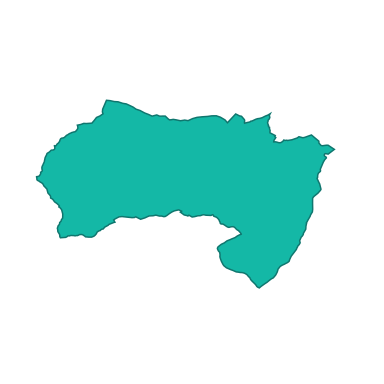 the district of Rosia Montana, Alba, Romania, rotated 347°
{"feature_id": "2599482B9774767997162", "entity_name": "Rosia Montana", "entity_type": "district", "adm_level": 2, "iso_a3": "ROU", "parent_name": "Romania", "parent_adm1": "Alba", "projection": "robinson", "projection_center": [23.088, 46.307], "detail": "fine", "context": "isolated", "style": "filled", "palette": "teal", "viewbox_px": 384, "rotation_deg": 347, "n_neighbors": 0, "source": "geoboundaries", "source_scale": "gbopen_adm2", "svg_char_len": 5971}
<svg xmlns="http://www.w3.org/2000/svg" viewBox="0 0 384 384"><g transform="rotate(347 192 192)"><path d="M236.0,300.6L238.1,299.5L242.2,297.8L244.7,296.9L247.5,295.5L249.3,294.7L250.3,294.3L251.2,294.2L251.9,293.9L252.8,293.3L254.9,291.7L256.9,289.3L257.9,287.7L258.3,286.7L261.1,284.4L262.2,284.0L263.4,283.6L264.9,283.3L265.9,283.1L267.6,282.6L268.7,282.4L270.0,281.9L271.0,281.4L272.1,279.6L274.2,276.9L280.7,271.5L281.8,269.9L282.4,269.3L283.1,268.3L284.0,267.8L284.6,267.3L285.5,266.4L285.8,266.0L286.0,265.5L285.9,263.8L286.4,263.0L286.9,262.4L287.7,261.3L288.3,260.5L289.0,260.1L289.6,259.7L290.7,258.6L291.1,257.9L291.2,257.4L291.5,257.0L292.5,256.0L294.5,253.8L294.7,253.1L295.2,251.4L295.3,251.0L296.2,249.1L296.6,248.3L296.4,247.9L296.9,247.5L298.7,245.4L301.6,242.3L302.3,241.1L304.8,238.5L305.7,236.0L306.9,230.3L308.1,225.3L308.9,224.4L310.1,223.6L314.4,221.5L317.7,219.1L318.3,218.3L318.2,212.7L317.8,211.3L316.9,206.9L317.8,205.8L318.0,204.6L318.6,203.2L319.5,202.0L321.7,200.8L322.0,200.2L322.1,198.9L322.4,198.3L326.7,192.4L328.6,190.4L330.6,189.0L330.6,188.3L329.4,187.0L329.1,186.2L329.4,185.3L330.0,184.7L330.9,184.7L333.2,185.7L340.3,182.5L335.1,177.0L334.1,176.8L333.2,176.6L332.7,176.6L332.1,176.5L329.5,176.3L328.1,175.6L326.7,172.9L327.0,171.0L321.2,163.3L314.3,164.1L312.3,164.1L308.6,162.2L306.7,163.0L301.1,163.6L296.6,163.3L296.1,162.9L294.2,162.7L293.2,162.0L292.0,163.0L290.0,163.8L288.7,163.8L287.1,163.2L285.8,162.4L284.3,161.8L282.9,161.5L283.4,160.2L285.9,157.8L285.1,156.4L285.8,155.7L281.3,151.9L281.5,150.6L281.9,150.1L281.8,147.4L282.1,146.4L281.3,145.6L281.3,144.6L281.5,144.5L281.2,142.2L281.3,141.2L281.9,140.4L282.3,139.2L283.8,138.1L284.6,136.8L284.6,134.7L285.8,133.3L283.4,134.1L280.7,134.5L277.0,135.4L274.5,135.5L272.3,135.3L270.3,135.5L266.7,136.3L265.9,136.3L265.3,136.2L264.6,136.6L263.7,136.8L261.3,136.7L258.7,136.8L258.7,136.2L258.9,135.6L259.3,134.5L259.4,133.6L259.1,132.8L257.3,129.4L256.6,129.0L255.5,128.6L253.0,126.5L252.1,125.8L242.1,132.5L240.4,129.2L236.5,125.5L232.8,123.2L228.1,122.2L224.4,121.9L218.7,121.0L213.7,120.4L209.2,120.6L204.2,121.6L201.1,120.3L196.8,120.0L192.5,118.0L190.0,117.0L187.8,116.9L186.4,116.7L185.5,115.8L183.0,112.0L177.5,110.8L175.0,109.0L170.2,109.1L167.0,106.6L163.7,104.4L159.7,100.9L156.1,98.7L153.8,96.1L151.3,94.1L147.8,91.4L144.4,90.0L140.3,87.5L136.6,86.4L132.6,84.5L129.3,83.4L123.6,91.2L122.7,93.8L122.9,95.8L119.4,97.2L115.7,97.9L112.8,100.3L109.9,102.4L104.3,101.5L102.0,100.8L98.7,101.2L95.3,101.1L95.4,102.2L95.3,103.2L95.2,104.0L94.9,104.5L94.0,105.5L93.1,106.0L92.7,106.5L91.8,106.9L91.3,107.0L90.1,106.9L89.4,107.0L88.4,107.0L87.8,107.1L86.8,107.4L85.7,107.5L83.5,108.4L82.6,108.5L82.0,108.8L81.7,109.1L81.4,109.3L79.6,110.2L78.9,110.3L78.0,110.3L77.4,110.2L76.8,110.3L76.0,110.6L75.5,111.1L74.6,112.5L74.3,113.0L73.3,113.8L72.8,114.3L72.0,114.6L71.4,114.9L70.4,115.9L69.9,116.2L69.5,116.3L68.5,116.1L68.1,115.5L68.5,117.1L68.1,118.7L67.7,119.3L67.1,119.7L66.6,119.8L65.7,119.8L64.7,119.6L64.0,119.7L63.3,120.1L62.7,120.6L61.3,121.2L59.7,121.7L59.3,122.0L58.7,123.0L57.0,125.0L56.4,125.9L56.1,126.7L55.5,127.9L55.1,128.8L54.9,129.4L53.5,131.1L52.6,132.4L52.0,133.0L51.3,134.2L51.0,135.7L50.9,135.9L51.1,136.7L51.0,137.3L50.7,137.8L50.0,138.3L49.0,138.7L48.9,138.9L48.8,139.9L48.6,140.2L47.3,141.6L46.5,142.1L45.5,142.2L44.9,142.2L44.3,142.1L44.0,142.1L43.9,142.6L44.0,143.1L43.7,144.9L43.8,145.5L44.3,146.1L45.5,147.1L46.0,147.8L47.7,149.4L48.4,150.4L48.8,151.5L49.0,152.7L49.6,153.6L50.8,155.7L51.3,156.5L51.3,157.7L51.4,160.1L51.5,160.9L52.2,162.0L53.1,163.7L53.2,164.3L52.9,166.1L54.6,167.6L55.9,170.7L57.8,172.8L59.2,174.9L59.6,175.6L59.5,175.8L59.2,176.1L58.9,176.6L59.6,177.1L60.9,179.7L61.0,180.5L61.1,184.3L60.4,187.2L59.9,188.6L58.7,189.4L57.8,191.0L56.2,192.0L55.6,193.6L53.8,195.0L53.6,195.6L53.1,196.2L52.6,197.3L52.7,198.5L52.4,200.0L52.6,201.3L53.3,202.9L53.4,204.3L53.2,205.6L53.2,206.0L53.5,207.0L58.8,207.8L59.8,207.5L60.5,207.3L61.1,206.9L61.8,206.9L62.6,207.2L64.4,207.1L65.6,207.5L67.2,207.9L68.1,208.4L70.1,208.5L70.4,208.7L71.4,208.6L72.8,208.2L74.6,208.5L75.4,208.8L76.1,209.3L77.6,210.9L78.1,211.7L81.4,212.8L84.1,213.4L86.5,213.0L87.9,212.3L89.5,211.1L90.4,209.8L92.3,209.0L94.0,208.9L94.5,208.4L96.1,207.9L97.0,208.1L99.3,206.5L102.7,205.6L103.8,204.9L109.1,204.1L110.1,204.1L109.4,201.6L111.1,200.9L115.3,199.8L118.3,200.2L127.8,203.5L130.2,203.9L131.6,203.5L135.8,207.0L140.4,206.6L142.7,206.1L144.8,205.7L146.7,206.0L148.7,206.4L151.6,206.4L154.8,208.1L157.0,208.6L159.0,209.7L160.5,209.8L162.3,209.2L164.5,208.2L167.7,207.0L170.6,206.4L174.8,206.4L175.8,206.9L176.5,207.6L177.6,208.4L177.3,208.9L176.2,209.1L179.2,212.6L182.3,214.1L182.5,214.4L182.9,214.4L183.8,213.9L186.5,216.4L189.2,216.6L192.2,216.5L193.0,216.6L194.4,216.9L195.3,216.9L196.9,216.7L197.6,216.7L198.2,216.8L198.8,217.0L200.2,217.7L202.3,218.3L205.2,219.1L206.3,218.9L207.1,218.8L207.5,219.2L207.7,220.2L207.8,220.5L210.2,222.1L211.2,223.5L211.8,224.7L212.1,225.6L212.2,226.6L212.4,227.1L212.5,227.7L212.5,228.9L212.7,229.3L213.4,229.8L214.1,229.9L215.0,230.3L216.0,231.2L218.1,233.5L219.2,234.4L219.6,234.6L220.3,234.8L221.9,234.7L223.0,234.8L224.4,235.1L225.3,235.8L225.7,236.2L226.9,238.3L227.7,239.3L228.4,239.8L228.9,240.6L229.7,242.0L230.5,243.8L230.5,244.2L230.1,244.3L228.4,244.5L226.1,245.1L223.7,246.1L220.4,246.6L218.4,247.0L216.2,247.3L215.0,247.5L214.4,247.8L213.4,248.2L212.2,248.8L208.9,249.5L206.7,250.5L205.1,251.3L204.5,251.9L204.0,252.9L204.4,255.2L205.4,257.1L205.2,259.4L204.6,261.5L204.7,263.3L204.9,265.1L205.1,266.4L205.4,267.5L205.8,269.2L206.4,270.9L208.5,273.6L209.7,274.5L212.6,276.6L214.2,277.6L217.1,279.8L219.1,280.5L220.9,281.3L222.4,281.7L223.6,282.2L225.1,283.1L226.6,284.5L226.9,284.8L228.1,287.2L228.6,287.9L228.9,288.1L229.1,288.6L229.2,289.4L229.5,290.5L229.9,291.4L230.4,292.1L230.6,292.7L231.1,293.3L233.0,296.3L233.5,297.4L233.9,298.6L234.6,299.5L236.0,300.6Z" fill="#14b8a6" stroke="#0f766e" stroke-width="1.5"/></g></svg>